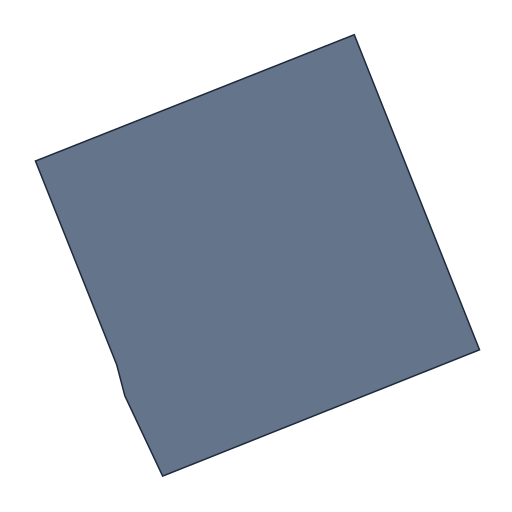 the district of Scurry, Texas, United States of America, rotated 248°
{"feature_id": "52423323B97167662457996", "entity_name": "Scurry", "entity_type": "district", "adm_level": 2, "iso_a3": "USA", "parent_name": "United States of America", "parent_adm1": "Texas", "projection": "orthographic", "projection_center": [-100.907, 32.748], "detail": "fine", "context": "isolated", "style": "filled", "palette": "slate", "viewbox_px": 512, "rotation_deg": 248, "n_neighbors": 0, "source": "geoboundaries", "source_scale": "gbopen_adm2", "svg_char_len": 248}
<svg xmlns="http://www.w3.org/2000/svg" viewBox="0 0 512 512"><g transform="rotate(248 256 256)"><path d="M426.7,87.1L207.2,86.1L175.4,82.0L86.9,87.0L85.3,428.1L424.4,430.0L426.7,87.1Z" fill="#64748b" stroke="#1e293b" stroke-width="1.5"/></g></svg>